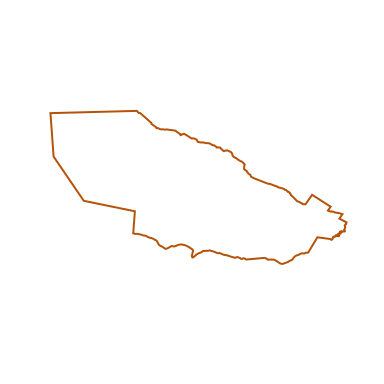 outline of La Paz, Catamarca, Argentina, rotated 106°
{"feature_id": "61730980B42057198063965", "entity_name": "La Paz", "entity_type": "district", "adm_level": 2, "iso_a3": "ARG", "parent_name": "Argentina", "parent_adm1": "Catamarca", "projection": "equal_earth", "projection_center": [-65.146, -29.358], "detail": "fine", "context": "isolated", "style": "outline", "palette": "amber", "viewbox_px": 384, "rotation_deg": 106, "n_neighbors": 0, "source": "geoboundaries", "source_scale": "gbopen_adm2", "svg_char_len": 5504}
<svg xmlns="http://www.w3.org/2000/svg" viewBox="0 0 384 384"><g transform="rotate(106 192 192)"><path d="M191.5,38.7L191.2,38.5L191.2,38.1L191.0,37.9L191.0,37.7L190.8,37.6L190.7,37.6L190.4,37.9L190.4,38.0L190.5,38.4L190.7,38.6L190.5,38.8L190.3,38.7L190.2,38.7L189.8,38.8L189.7,38.8L189.7,38.7L189.4,38.4L189.3,38.2L189.2,38.1L188.8,38.1L188.6,37.9L188.5,37.6L188.8,37.5L189.0,37.5L189.1,37.4L189.1,37.1L189.0,36.7L188.8,36.4L188.7,36.3L188.6,36.1L188.2,35.7L188.1,35.1L188.0,34.9L188.0,34.7L187.8,34.4L187.7,34.2L187.4,34.2L187.1,34.3L187.0,34.7L186.8,34.9L186.6,35.2L186.3,35.3L186.1,35.3L185.9,35.3L185.6,35.2L185.4,35.1L185.2,35.0L184.9,35.0L183.9,35.1L183.4,35.2L183.2,35.2L182.7,35.4L182.7,35.6L182.5,35.8L182.3,35.9L182.0,35.9L181.5,35.8L181.4,35.7L181.2,35.6L180.9,35.4L180.7,35.2L180.4,35.0L180.2,35.1L180.1,35.3L179.6,35.4L179.4,35.3L179.3,35.1L178.8,35.0L178.6,35.1L177.0,43.0L171.8,41.3L171.8,43.3L171.7,44.0L172.3,49.2L172.0,50.4L172.2,52.5L172.6,53.0L172.4,56.2L167.9,54.7L161.6,75.8L172.5,79.5L173.2,81.9L172.5,83.6L172.4,84.5L171.9,86.6L171.9,88.3L169.0,93.4L167.7,96.1L167.1,96.3L166.4,97.4L166.0,97.5L165.9,98.1L165.1,99.1L165.4,100.0L164.3,101.8L164.2,103.3L164.2,103.8L163.7,104.3L163.6,107.5L163.8,110.5L163.4,111.0L162.7,119.6L163.1,121.2L162.1,132.2L161.7,136.1L161.1,139.3L160.3,140.0L159.4,140.7L158.9,142.6L157.6,144.4L156.7,145.3L155.9,148.0L155.1,148.3L154.9,148.5L153.7,148.7L152.7,148.9L151.0,148.9L149.8,150.8L149.1,152.1L149.0,153.4L149.0,153.9L148.2,156.6L147.5,158.1L147.1,159.3L147.1,160.6L146.9,160.9L146.5,162.2L146.3,162.4L145.7,163.1L145.5,163.3L144.2,163.8L143.0,165.3L142.6,167.2L142.6,167.7L142.2,169.2L143.0,171.4L143.7,172.2L144.0,172.8L143.8,173.3L143.5,173.7L143.1,174.8L142.7,175.2L142.7,175.5L141.5,177.2L141.9,178.8L141.9,179.0L142.4,180.5L142.0,180.7L141.0,183.8L141.4,184.9L141.1,185.7L141.1,186.3L140.5,187.7L140.6,188.1L140.5,189.1L140.7,189.9L140.7,190.2L140.9,191.3L141.0,191.5L141.1,191.8L141.2,192.4L141.2,193.3L141.3,194.3L141.2,194.9L141.7,196.0L141.8,196.8L142.0,197.5L142.1,198.5L142.1,198.9L142.2,199.1L142.1,199.6L142.2,200.2L142.1,200.5L141.9,200.6L140.8,201.4L140.1,203.2L140.0,205.2L140.3,205.9L140.3,206.4L140.6,207.2L140.3,208.5L140.2,208.6L139.6,210.6L139.0,212.5L139.0,213.2L138.8,213.4L138.2,215.8L140.5,218.6L140.2,219.0L139.8,218.6L139.6,218.8L139.6,219.1L139.4,219.6L139.4,220.2L137.6,224.9L138.9,233.9L139.5,235.1L139.9,238.0L140.3,238.8L140.4,240.3L139.9,242.4L140.3,243.5L140.0,243.5L139.6,244.4L139.5,244.9L139.1,246.0L137.7,249.7L137.6,249.9L136.9,250.1L136.7,250.2L136.3,251.2L133.9,256.2L130.4,263.6L130.4,263.8L130.6,264.9L130.7,265.0L129.5,267.0L129.2,267.3L155.2,349.8L196.1,334.8L230.3,293.6L226.3,241.6L247.9,237.1L247.9,235.8L248.0,235.6L248.0,235.2L247.5,233.8L247.3,233.0L247.2,232.2L247.1,230.4L247.0,229.6L247.0,228.7L247.2,227.4L247.1,226.4L246.9,225.6L246.9,224.3L247.1,223.1L247.4,222.2L247.5,221.1L247.6,219.9L247.6,219.1L247.4,218.3L247.6,217.1L247.7,216.2L248.1,215.0L248.2,214.1L248.3,213.8L248.5,212.8L248.9,212.2L249.2,211.9L250.3,210.8L250.8,210.3L251.5,209.6L251.9,209.2L252.1,208.7L252.3,208.1L253.0,204.7L253.9,202.1L253.9,201.8L253.7,201.1L253.4,200.8L253.1,200.3L252.7,200.0L252.3,199.5L252.2,199.3L251.5,198.6L251.3,198.4L251.1,198.2L250.6,197.8L250.1,197.2L249.7,196.8L249.5,196.3L249.4,195.7L249.4,195.1L249.4,194.4L249.2,194.0L248.7,193.3L248.4,192.9L248.2,192.5L247.7,192.0L247.3,191.4L246.3,190.1L245.9,189.1L245.2,187.3L245.2,185.8L245.1,184.8L245.1,184.3L245.2,182.9L245.8,179.8L246.0,179.1L247.1,175.8L247.5,175.4L248.0,174.8L248.5,174.8L249.0,174.7L249.8,174.7L250.7,174.7L251.5,174.6L252.1,174.5L252.8,174.6L253.2,174.6L253.6,174.4L254.4,174.1L254.8,173.5L254.7,173.1L254.3,172.9L253.8,172.4L252.9,171.7L251.3,170.7L250.4,170.0L249.8,169.4L249.3,169.0L248.1,167.4L247.8,166.8L247.2,166.2L246.4,165.7L246.0,165.5L245.6,165.0L245.3,164.4L245.2,163.7L244.8,162.8L244.8,162.2L244.6,161.9L244.3,161.4L244.1,160.6L243.9,160.1L243.3,159.0L243.3,158.0L243.4,157.4L243.3,156.3L243.3,155.7L243.2,154.9L243.3,154.3L243.4,153.3L243.6,152.1L243.6,151.2L243.7,150.5L243.7,150.2L243.4,149.5L243.0,148.9L243.2,147.9L243.2,146.9L243.4,146.0L243.5,145.1L243.6,144.3L243.6,143.4L243.4,143.1L243.3,142.5L243.3,141.7L243.4,141.1L243.2,140.6L243.2,140.3L243.1,139.9L243.3,139.1L243.3,138.1L243.4,137.6L243.4,137.0L243.4,132.6L242.0,130.5L242.3,127.3L242.7,126.6L242.5,125.3L241.5,124.4L241.5,122.6L242.0,121.4L236.4,106.9L235.3,104.0L235.3,103.5L235.4,102.7L235.7,101.5L236.1,100.2L235.9,99.8L235.6,99.0L234.6,95.2L234.5,94.5L234.6,93.4L235.3,91.0L235.9,89.1L236.4,87.4L236.4,87.0L236.2,85.1L235.9,84.7L232.7,80.3L231.4,79.3L231.1,79.0L230.6,78.2L230.3,77.7L229.7,77.2L228.8,76.8L227.9,76.4L226.9,76.1L225.9,75.5L224.8,74.7L224.3,74.2L223.1,72.2L222.8,72.0L222.4,71.7L221.5,70.7L220.6,69.4L220.3,67.4L219.0,65.8L218.2,63.6L201.0,59.0L199.2,47.0L199.2,46.5L199.2,45.9L199.4,45.4L199.6,44.9L199.5,44.6L199.4,44.5L199.0,44.5L198.8,44.6L198.7,44.5L198.6,44.4L198.5,44.1L198.4,44.0L198.2,44.1L197.9,44.0L197.4,43.8L197.2,43.8L196.7,44.0L196.5,43.9L196.6,43.7L196.6,43.4L196.4,43.2L196.2,43.1L195.7,43.1L195.6,42.9L195.5,42.5L195.3,41.9L195.1,41.7L194.9,41.6L194.5,42.0L194.2,42.0L194.0,41.9L193.8,41.7L193.6,41.2L193.9,40.8L194.3,40.7L194.4,40.4L194.4,40.1L194.2,39.7L194.1,38.8L193.9,38.6L193.6,38.5L193.1,38.6L193.1,39.0L193.2,39.3L193.2,39.5L192.6,39.9L192.4,39.9L192.2,40.0L192.0,39.9L191.8,39.9L191.6,39.6L191.7,39.1L191.6,38.9L191.5,38.7L191.5,38.7Z" fill="none" stroke="#b45309" stroke-width="2"/></g></svg>